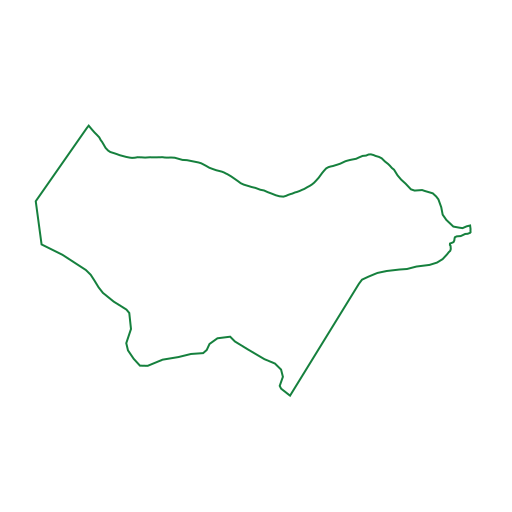 Active Hill, Castries, Saint Lucia (Robinson projection), rotated 176°
{"feature_id": "8701671B75539751550114", "entity_name": "Active Hill", "entity_type": "district", "adm_level": 2, "iso_a3": "LCA", "parent_name": "Saint Lucia", "parent_adm1": "Castries", "projection": "robinson", "projection_center": [-60.979, 14.02], "detail": "fine", "context": "isolated", "style": "outline", "palette": "green", "viewbox_px": 512, "rotation_deg": 176, "n_neighbors": 0, "source": "geoboundaries", "source_scale": "gbopen_adm2", "svg_char_len": 2486}
<svg xmlns="http://www.w3.org/2000/svg" viewBox="0 0 512 512"><g transform="rotate(176 256 256)"><path d="M469.1,282.5L449.0,270.7L426.7,253.9L422.2,248.8L419.0,243.0L415.2,235.7L411.3,229.9L401.1,220.4L389.0,211.6L386.4,208.0L385.8,191.9L391.5,178.1L390.3,170.8L385.2,162.0L379.4,154.7L371.7,154.0L356.4,159.1L340.4,160.6L327.7,162.8L315.5,162.8L311.7,165.7L308.5,171.5L300.2,176.6L287.4,177.3L283.0,172.2L270.8,163.5L254.8,152.5L244.6,147.4L238.9,140.9L237.6,133.6L241.4,124.8L240.2,121.9L231.8,114.3L203.7,153.5L155.5,220.8L154.6,221.9L151.9,225.0L145.4,227.5L136.2,230.6L126.9,231.9L113.9,232.5L106.3,232.5L96.6,234.3L83.5,235.0L75.9,236.8L70.0,239.9L65.3,244.3L63.4,246.4L61.9,247.6L61.2,249.4L61.2,250.8L61.2,252.5L61.8,253.5L61.6,254.9L59.6,255.5L58.0,256.1L57.1,257.7L56.8,259.2L56.6,260.0L56.3,260.8L55.4,261.2L54.3,261.6L52.3,261.6L50.4,261.6L48.3,262.4L45.8,263.4L43.3,263.4L40.8,264.2L40.3,264.8L40.3,266.3L40.1,267.9L40.3,271.5L43.8,270.9L48.0,269.4L51.3,270.1L57.1,271.6L63.6,278.7L66.9,284.2L67.8,291.7L70.1,299.8L72.1,302.8L75.3,306.2L83.1,309.1L85.7,310.2L93.2,310.2L96.8,311.7L101.7,317.7L105.9,322.1L109.2,326.6L112.3,332.5L114.3,334.3L116.2,336.8L117.8,338.6L120.8,341.3L123.8,344.7L126.5,346.3L129.8,347.5L131.7,348.5L134.3,349.4L136.6,349.4L139.2,348.5L142.7,348.4L146.8,347.0L149.3,346.0L153.5,345.5L155.7,345.2L158.4,344.7L160.2,344.3L163.0,343.2L165.6,342.2L168.3,341.5L171.3,340.8L172.9,340.4L175.2,340.1L177.5,339.6L179.9,338.5L182.5,336.0L184.3,334.1L188.0,329.7L190.9,326.9L193.0,325.0L195.3,323.4L197.5,322.2L200.0,321.1L203.2,319.5L205.4,318.8L208.0,317.8L210.8,317.0L212.6,316.7L215.5,315.7L217.1,315.4L219.7,314.7L221.8,313.9L224.5,313.3L228.3,313.9L232.0,315.2L235.9,317.1L239.9,318.9L243.4,320.8L247.1,321.8L251.9,324.0L255.5,325.1L258.3,326.2L261.5,327.4L263.3,328.1L266.2,329.7L268.5,331.7L271.7,334.3L273.2,335.5L275.2,337.1L277.8,338.9L278.8,339.6L280.3,340.4L282.0,341.5L284.1,342.5L287.4,343.6L289.6,344.3L293.1,345.8L296.4,347.3L299.5,349.4L302.7,351.4L304.2,352.3L306.8,353.3L318.1,356.4L322.7,357.0L330.2,359.7L334.1,360.2L337.4,360.3L340.1,360.6L342.4,361.1L345.1,361.2L348.6,361.4L351.3,361.6L355.5,361.9L359.7,361.9L363.3,362.4L367.3,362.8L369.9,362.5L372.7,362.5L374.9,362.9L378.6,363.9L385.0,366.1L387.6,367.3L390.0,368.3L394.1,369.9L396.2,371.5L398.5,374.3L401.6,380.6L402.8,382.4L404.1,385.3L406.3,388.0L408.4,390.4L410.7,393.4L413.8,397.7L415.8,395.5L471.9,326.0L469.1,282.5Z" fill="none" stroke="#15803d" stroke-width="2"/></g></svg>